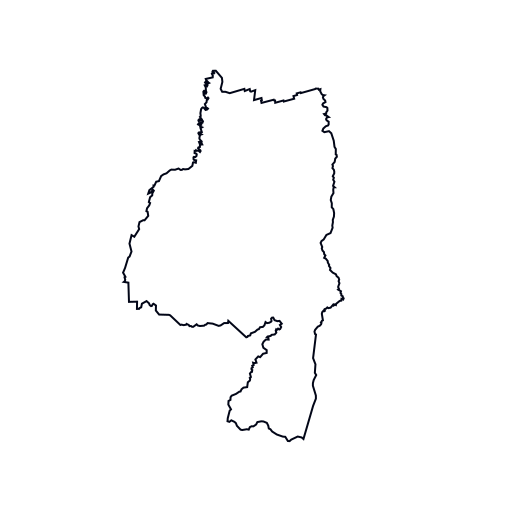 outline of Monteros, Tucumán, Argentina, rotated 243°
{"feature_id": "61730980B2158029988508", "entity_name": "Monteros", "entity_type": "district", "adm_level": 2, "iso_a3": "ARG", "parent_name": "Argentina", "parent_adm1": "Tucumán", "projection": "robinson", "projection_center": [-65.608, -27.112], "detail": "fine", "context": "isolated", "style": "outline", "palette": "ink", "viewbox_px": 512, "rotation_deg": 243, "n_neighbors": 0, "source": "geoboundaries", "source_scale": "gbopen_adm2", "svg_char_len": 6151}
<svg xmlns="http://www.w3.org/2000/svg" viewBox="0 0 512 512"><g transform="rotate(243 256 256)"><path d="M71.4,215.2L96.6,238.9L101.7,244.6L104.5,246.0L114.6,247.8L116.9,249.0L119.3,251.1L122.6,255.6L125.2,255.4L132.5,259.8L139.1,260.5L158.8,273.8L159.7,273.2L162.1,273.8L163.4,275.2L165.0,279.0L164.9,281.1L165.6,283.0L166.7,284.0L167.3,283.7L168.3,285.3L168.3,286.4L174.6,288.4L175.9,289.5L176.5,291.0L175.8,291.6L175.9,292.5L177.2,292.5L177.5,293.0L177.3,294.7L177.8,296.2L176.7,296.8L176.1,299.0L177.8,303.1L177.4,303.7L176.7,303.3L176.8,304.2L176.0,304.9L177.0,305.7L178.0,310.2L177.5,311.7L179.0,312.7L177.6,313.9L178.5,314.9L179.5,314.5L180.7,315.0L182.1,314.1L183.4,314.8L184.7,314.5L186.0,315.7L188.8,313.9L189.1,315.0L191.1,315.1L193.9,318.0L196.1,318.2L197.2,319.4L199.2,319.7L201.4,318.7L203.4,318.9L206.4,316.8L210.0,315.6L211.5,316.9L214.1,316.5L214.9,317.2L217.5,317.0L218.9,317.6L221.9,317.0L223.4,315.9L225.0,318.1L226.5,317.6L228.7,318.3L230.7,317.7L233.0,318.1L233.9,319.1L238.3,319.5L239.6,321.2L240.0,323.8L242.8,328.3L242.6,332.8L246.4,337.1L248.5,337.8L251.2,339.9L253.3,340.8L255.7,343.3L258.8,345.1L262.7,346.2L265.0,345.6L268.6,347.5L271.9,348.0L274.7,350.1L276.9,353.6L280.0,354.9L282.0,356.4L281.6,357.2L283.5,356.5L286.6,359.6L288.9,359.4L290.4,360.9L292.2,360.6L294.1,363.2L295.8,364.1L297.5,364.5L299.6,364.0L301.2,365.4L302.8,365.6L304.1,368.8L306.8,370.8L307.7,373.1L309.6,373.7L310.4,373.2L315.1,375.7L317.6,375.5L323.4,377.6L331.2,378.8L334.1,377.7L335.3,373.1L337.4,372.0L339.0,373.8L339.9,377.0L339.6,379.5L340.3,380.5L342.7,381.7L344.8,380.5L346.2,380.6L347.3,382.2L346.8,383.8L349.0,382.7L350.1,381.4L351.6,381.1L351.1,383.2L352.2,383.9L353.1,385.7L355.5,386.8L356.6,386.4L358.5,384.0L360.6,383.8L361.5,385.0L361.6,387.8L363.1,388.2L365.5,387.4L367.1,387.7L367.9,388.7L368.1,390.0L369.2,388.5L370.5,388.0L373.7,388.0L375.4,389.1L375.6,387.5L376.8,387.5L378.1,385.1L377.9,384.5L380.8,369.9L381.6,370.0L382.4,366.1L380.8,365.7L381.5,362.0L378.8,361.4L380.9,351.5L381.0,350.9L382.1,351.1L383.8,342.7L385.9,343.6L386.4,342.8L387.2,342.8L389.9,330.4L392.1,331.0L392.1,331.9L394.3,332.6L395.8,325.0L404.1,330.6L404.7,326.2L405.4,325.6L407.6,326.2L408.1,320.9L410.2,321.5L413.0,306.5L416.1,303.4L417.7,300.4L421.0,300.4L426.4,305.1L430.2,306.5L439.3,304.3L440.6,301.7L440.2,301.1L438.0,301.9L437.8,301.4L438.9,300.2L438.5,299.4L436.3,299.4L434.8,298.5L436.6,291.6L435.5,291.4L433.5,292.0L434.3,290.9L433.8,289.4L433.1,289.5L432.4,290.6L432.6,292.1L431.5,292.7L431.6,290.7L430.1,290.3L429.6,289.6L431.2,289.1L431.4,287.8L429.1,287.8L426.0,286.4L424.4,286.2L423.4,285.0L423.8,284.0L424.4,284.8L425.5,284.4L426.4,285.5L426.8,284.7L426.3,283.7L423.0,282.4L421.2,282.9L419.9,282.6L418.8,283.9L419.0,285.1L418.2,285.3L417.3,283.9L417.4,283.0L415.4,281.7L414.6,279.4L411.8,279.1L410.7,278.2L409.9,279.8L409.1,280.1L408.7,278.9L409.0,277.4L412.0,276.7L412.6,275.9L412.4,275.0L411.8,273.8L408.5,271.3L405.8,270.3L405.4,269.2L403.0,269.6L403.6,267.6L403.1,266.3L402.3,266.2L401.0,269.7L400.1,269.9L399.0,268.7L400.3,265.5L399.6,264.1L399.0,264.4L398.3,266.9L397.7,266.8L397.5,265.3L396.7,265.0L395.2,266.3L395.1,264.6L391.1,264.0L392.0,261.0L391.6,260.4L390.3,260.4L390.1,262.2L389.1,262.7L389.3,261.6L388.7,260.6L386.7,259.0L385.2,258.8L382.7,259.6L381.5,258.7L379.8,258.7L380.1,257.9L382.9,258.2L383.4,257.0L380.8,256.7L378.6,255.5L378.9,254.0L378.4,253.3L375.4,254.4L374.7,254.3L374.1,253.3L376.2,252.5L376.6,250.9L377.6,250.5L377.1,249.3L377.4,249.0L375.6,248.0L374.2,249.3L373.4,249.3L372.1,248.3L371.7,246.8L372.5,245.7L372.3,245.1L370.6,244.3L369.6,244.5L368.4,246.1L366.4,244.7L367.8,243.2L367.9,242.3L365.2,240.2L364.2,235.3L365.4,232.1L366.6,230.5L366.4,229.1L366.9,227.9L369.1,226.7L369.6,223.0L371.4,219.8L371.4,218.1L370.3,213.8L370.7,210.7L370.3,207.8L366.8,203.5L367.5,200.8L364.9,197.5L365.4,196.7L364.1,196.1L363.1,190.9L360.5,188.3L360.4,191.0L361.8,194.2L360.6,194.6L358.9,192.1L357.1,191.0L356.5,188.4L352.7,185.0L351.3,185.7L349.6,183.9L348.0,180.6L345.7,178.7L344.6,179.5L340.7,178.2L338.4,172.9L339.1,171.8L339.1,167.6L335.7,164.7L333.0,164.1L328.4,156.3L331.1,154.6L324.5,148.9L316.5,147.1L312.9,143.1L312.6,141.4L304.8,133.9L301.5,130.0L296.7,130.2L296.7,129.2L294.3,128.7L293.2,127.8L292.9,126.5L290.2,130.2L272.8,122.0L269.3,129.3L262.9,125.9L262.0,127.8L262.5,128.5L262.4,130.4L265.3,132.7L265.5,138.0L262.4,139.2L260.6,139.0L259.0,139.7L258.8,140.5L259.9,142.1L260.0,143.0L257.3,144.4L252.9,142.0L247.8,143.1L243.1,151.7L242.1,152.6L228.9,157.3L228.7,158.4L227.2,160.2L226.5,162.6L227.0,163.3L225.0,164.8L223.7,164.9L223.1,166.3L221.9,166.9L221.4,167.9L222.1,172.1L220.6,172.5L219.1,174.2L217.5,178.1L217.8,179.5L217.5,180.6L218.2,182.4L215.4,186.7L210.7,191.0L210.2,192.9L210.7,197.1L209.0,200.6L210.8,201.9L188.0,210.4L187.8,211.6L188.4,212.4L187.9,214.8L189.4,216.3L188.9,220.6L189.8,224.0L189.5,225.3L190.7,227.3L189.7,229.9L190.4,232.0L192.8,234.5L191.2,235.3L190.5,237.5L190.6,239.6L191.0,240.3L193.3,241.0L193.8,242.3L193.3,243.4L190.4,243.4L188.2,245.5L187.5,247.5L184.0,248.2L183.7,246.0L181.3,246.2L180.0,244.4L180.0,243.3L181.3,242.7L180.7,241.1L181.5,240.7L180.6,239.7L178.5,239.3L177.6,237.0L178.7,234.0L178.1,232.8L179.0,229.8L178.7,229.0L177.9,230.0L175.8,229.3L177.1,226.9L176.2,223.9L174.5,221.6L170.9,220.9L167.3,222.8L164.8,221.5L165.7,217.9L164.0,213.8L165.5,212.4L164.1,208.5L160.7,208.0L161.2,206.1L162.2,205.0L159.9,204.4L159.9,202.8L158.3,202.6L158.0,201.0L156.8,200.5L156.1,200.9L154.6,199.8L154.8,198.9L154.0,197.2L150.5,196.5L150.2,195.1L149.1,195.0L147.8,194.0L147.2,191.4L143.2,188.6L144.4,185.1L143.8,182.6L142.3,180.7L142.7,179.6L142.2,175.6L142.6,170.9L141.7,169.2L139.4,167.9L139.3,165.7L136.2,163.9L130.7,164.1L130.1,162.3L124.3,157.2L121.7,155.6L120.3,157.0L120.8,159.4L118.0,161.5L116.2,162.2L113.4,161.9L108.3,163.4L107.2,164.7L105.8,169.2L104.6,170.7L106.3,172.8L106.3,174.7L105.4,176.3L105.5,177.4L105.8,179.6L107.4,181.8L106.3,185.7L105.2,187.5L102.4,189.9L99.3,189.9L96.5,189.1L95.1,190.2L92.3,190.7L87.5,193.5L82.9,197.9L81.6,200.0L76.7,200.4L75.8,201.9L76.4,204.0L76.2,211.2L73.6,214.3L71.4,215.2Z" fill="none" stroke="#020617" stroke-width="2"/></g></svg>